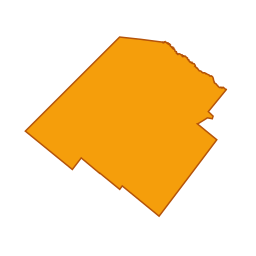 Saavedra, Buenos Aires, Argentina (Robinson projection), rotated 263°
{"feature_id": "61730980B51540343691170", "entity_name": "Saavedra", "entity_type": "district", "adm_level": 2, "iso_a3": "ARG", "parent_name": "Argentina", "parent_adm1": "Buenos Aires", "projection": "robinson", "projection_center": [-62.205, -37.742], "detail": "fine", "context": "isolated", "style": "filled", "palette": "amber", "viewbox_px": 256, "rotation_deg": 263, "n_neighbors": 0, "source": "geoboundaries", "source_scale": "gbopen_adm2", "svg_char_len": 5030}
<svg xmlns="http://www.w3.org/2000/svg" viewBox="0 0 256 256"><g transform="rotate(263 128 128)"><path d="M137.4,25.7L93.6,67.7L104.0,77.9L86.5,94.3L86.7,94.5L68.1,112.3L71.2,115.2L36.7,148.1L71.1,181.5L105.5,214.7L123.7,197.3L124.0,198.6L125.0,200.8L128.4,208.1L126.9,212.8L129.4,213.9L134.5,209.7L154.2,230.3L154.3,230.3L154.4,230.2L154.5,230.0L154.5,229.8L154.6,229.6L154.7,229.3L155.0,229.1L155.2,228.9L155.4,228.8L155.6,228.7L155.9,228.4L156.0,228.2L156.4,227.7L156.7,227.6L156.8,227.5L156.9,227.2L156.7,227.0L156.4,226.7L156.3,226.4L156.2,226.2L156.3,225.9L156.5,225.7L156.8,225.6L157.0,225.6L157.1,225.4L157.2,225.2L157.2,224.9L157.1,224.7L156.9,224.5L156.8,224.3L156.9,224.0L157.2,223.5L157.4,223.4L157.5,223.2L157.8,223.0L158.0,222.8L158.5,222.4L158.8,222.2L159.4,222.1L159.5,221.9L159.9,221.4L160.1,221.3L160.3,221.1L160.5,221.1L161.0,220.9L161.2,220.7L161.4,220.4L161.5,220.1L161.7,219.9L161.9,219.6L162.2,219.4L162.4,219.3L162.6,219.2L162.7,219.4L162.8,219.4L163.1,219.3L163.3,219.1L163.6,219.1L164.2,218.9L164.6,218.9L164.9,218.8L165.3,218.7L165.5,218.6L165.8,218.7L166.0,218.8L166.2,218.7L166.5,218.7L167.0,218.6L167.6,218.5L168.2,218.3L168.4,218.2L168.7,218.0L168.9,217.8L169.0,217.6L169.1,217.4L169.3,217.4L169.6,217.0L169.5,216.7L169.4,216.5L169.5,216.3L169.7,216.2L169.6,215.8L169.7,215.6L169.8,215.3L170.0,215.2L170.3,215.1L170.5,215.1L170.7,214.9L170.9,214.7L171.2,214.1L171.2,213.9L171.4,213.7L171.6,213.4L171.8,213.0L172.3,212.6L172.5,212.3L172.5,212.1L172.4,211.9L172.4,211.7L172.7,211.6L173.0,211.5L173.1,211.2L173.3,210.9L173.5,210.7L173.6,210.2L173.4,209.9L173.6,209.3L173.6,209.0L173.7,208.8L173.8,208.7L174.0,208.8L174.2,208.4L174.2,208.2L174.4,208.1L174.5,208.1L175.1,207.8L175.2,207.6L175.3,207.5L175.4,207.3L175.6,207.2L175.8,206.8L175.9,206.6L175.9,206.1L176.0,205.9L176.1,205.7L176.4,205.7L176.5,205.6L176.7,205.3L176.8,205.2L177.4,204.9L177.6,204.7L177.8,204.6L178.1,204.6L178.3,204.4L178.5,204.3L178.8,204.2L179.0,204.1L179.0,203.9L179.3,203.6L179.2,203.4L179.3,203.2L179.7,203.1L179.9,203.0L180.1,202.9L180.2,202.7L180.5,202.6L180.8,202.4L181.1,202.3L181.1,202.2L181.2,202.3L181.3,202.4L181.7,202.4L181.9,202.3L182.0,202.2L182.5,202.1L182.8,202.0L183.0,201.8L183.3,201.6L183.6,201.6L183.8,201.2L183.9,200.9L184.0,200.7L184.2,200.4L184.3,200.1L184.2,200.0L184.2,199.8L184.4,199.8L184.6,199.7L184.9,199.6L185.0,199.6L185.3,199.6L185.5,199.5L185.5,199.4L185.5,199.2L185.5,198.9L185.4,198.7L185.2,198.6L185.4,198.4L185.5,198.3L185.5,198.0L185.6,197.9L185.9,197.9L186.3,197.7L186.3,197.4L186.3,197.2L186.5,197.1L186.8,196.9L187.0,196.9L187.3,196.9L187.5,196.8L187.6,196.6L188.0,196.7L188.4,196.6L188.6,196.3L188.4,196.1L188.4,195.9L188.6,195.8L189.0,195.6L189.3,195.5L189.6,195.5L189.8,195.4L190.1,195.3L190.4,195.4L190.5,195.0L190.6,194.9L190.7,194.7L190.8,194.7L191.0,194.7L191.3,194.4L191.5,194.2L191.8,194.0L191.9,193.5L192.0,193.5L192.3,193.6L192.5,193.2L192.4,192.8L192.3,192.5L192.3,192.3L192.4,192.2L192.5,192.2L192.9,192.1L193.0,192.0L193.0,191.8L192.8,191.8L192.7,191.7L192.4,191.6L192.2,191.6L192.2,191.4L192.3,191.3L192.3,191.2L192.2,190.9L192.2,190.7L192.3,190.6L192.5,190.6L192.8,190.5L193.0,190.5L193.1,190.9L193.2,191.0L193.3,190.9L193.4,190.6L193.6,190.6L193.8,190.6L193.8,190.4L194.1,190.4L194.1,190.1L194.2,189.7L194.3,189.5L194.4,189.4L194.4,189.2L194.5,189.0L194.8,188.9L195.0,188.7L195.3,188.4L195.3,188.1L195.4,187.7L195.5,187.5L195.4,187.3L195.4,187.0L195.4,186.9L195.4,186.7L195.2,186.7L194.9,186.6L194.9,186.3L195.1,186.2L195.3,186.1L195.6,186.1L195.8,186.0L196.0,186.0L196.0,185.8L196.0,185.6L196.0,185.4L196.1,185.2L196.5,185.1L196.9,185.2L197.2,185.2L197.7,185.3L197.9,185.3L198.0,185.0L198.1,184.8L198.3,184.5L198.4,184.2L198.6,184.0L198.9,184.0L199.2,184.0L199.6,183.9L200.4,183.8L200.5,183.7L200.8,183.5L201.0,183.3L201.1,183.2L200.7,182.9L200.8,182.7L201.0,182.6L201.4,182.6L201.5,182.7L201.5,182.9L201.5,183.0L201.8,183.1L201.9,182.9L201.7,182.6L201.6,182.3L201.6,182.1L201.8,182.1L202.0,182.2L202.4,182.4L202.5,182.5L202.8,182.4L202.9,182.1L202.7,182.0L202.4,181.8L202.2,181.7L202.5,181.3L202.6,181.2L202.8,181.2L203.0,181.2L203.3,181.0L203.5,180.8L203.6,180.6L203.9,180.2L204.2,180.0L204.4,180.0L204.6,180.0L204.8,180.1L205.0,180.2L205.2,180.3L205.4,180.2L205.5,180.1L205.6,179.9L205.7,179.7L205.6,179.3L205.8,179.0L206.1,179.1L206.2,179.4L206.2,179.5L206.5,179.5L206.6,179.3L206.6,179.2L206.4,179.0L206.3,178.9L206.2,178.8L206.2,178.7L206.3,178.6L206.5,178.1L206.7,177.8L206.9,177.8L207.2,178.1L207.4,178.1L207.6,178.1L207.6,177.9L207.7,177.7L207.5,177.2L207.4,177.1L207.5,176.9L207.9,176.9L208.0,176.8L208.2,176.7L208.3,176.5L208.3,176.3L208.4,176.2L208.7,175.7L208.8,175.6L209.2,175.4L209.1,175.2L208.8,175.1L208.7,175.1L208.6,174.9L208.6,174.6L209.1,174.5L209.1,174.4L209.0,174.2L208.8,174.2L208.6,174.1L208.4,174.1L208.4,173.9L208.8,173.6L208.9,173.4L208.6,173.4L208.3,173.4L208.2,173.3L208.3,173.1L208.5,172.9L208.8,172.8L208.9,172.7L209.0,172.6L209.1,172.4L214.4,151.7L219.3,130.8L137.4,25.7Z" fill="#f59e0b" stroke="#b45309" stroke-width="1.5"/></g></svg>